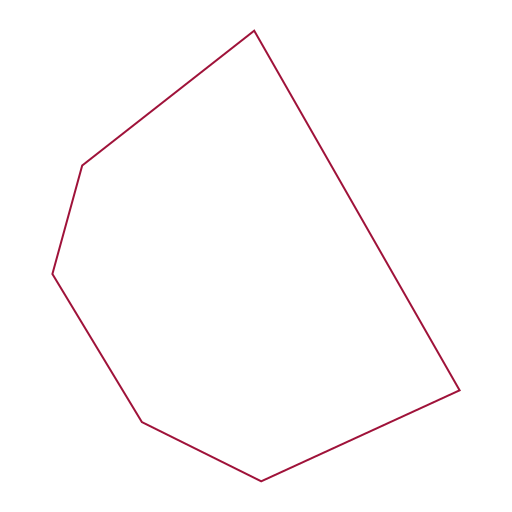 map outline of Xgħajra (Equal Earth projection)
{"feature_id": "MLT-5952", "entity_name": "Xgħajra", "entity_type": "state/province", "adm_level": 1, "iso_a3": "MLT", "parent_name": "Malta", "parent_adm1": "", "projection": "equal_earth", "projection_center": [14.546, 35.883], "detail": "fine", "context": "isolated", "style": "outline", "palette": "rose", "viewbox_px": 512, "rotation_deg": 0, "n_neighbors": 0, "source": "natural_earth", "source_scale": "10m", "svg_char_len": 207}
<svg xmlns="http://www.w3.org/2000/svg" viewBox="0 0 512 512"><path d="M254.2,30.7L459.6,390.3L261.2,481.3L141.9,422.1L52.4,274.0L82.2,165.5L254.2,30.7Z" fill="none" stroke="#9f1239" stroke-width="2"/></svg>